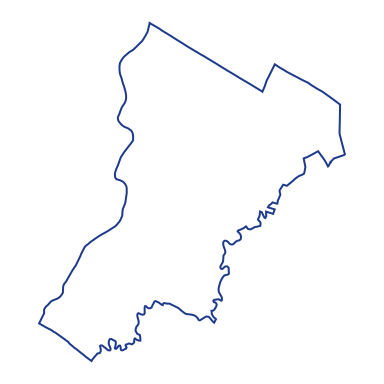 the district of La Blanca, San Marcos, Guatemala
{"feature_id": "79465075B67582520223271", "entity_name": "La Blanca", "entity_type": "district", "adm_level": 2, "iso_a3": "GTM", "parent_name": "Guatemala", "parent_adm1": "San Marcos", "projection": "natural_earth1", "projection_center": [-92.12, 14.551], "detail": "fine", "context": "isolated", "style": "outline", "palette": "blue", "viewbox_px": 384, "rotation_deg": 0, "n_neighbors": 0, "source": "geoboundaries", "source_scale": "gbopen_adm2", "svg_char_len": 6012}
<svg xmlns="http://www.w3.org/2000/svg" viewBox="0 0 384 384"><path d="M149.1,25.5L147.7,31.2L147.4,32.2L145.2,36.2L142.2,41.0L138.9,44.2L135.8,47.3L133.2,49.8L129.4,52.1L124.8,56.0L123.2,57.7L121.5,60.1L120.0,63.0L119.5,66.0L119.5,69.0L119.7,72.3L120.2,74.6L120.6,75.6L121.5,78.1L122.8,83.0L124.2,87.0L125.5,91.7L126.1,95.4L126.1,98.6L125.5,101.3L124.5,103.3L121.8,107.4L120.2,111.5L119.1,114.6L117.9,117.1L117.9,118.7L118.4,120.7L118.6,121.2L120.1,123.1L122.0,125.2L124.5,126.9L126.3,127.6L127.8,128.2L130.9,130.3L131.9,131.6L132.7,133.4L133.1,136.5L133.1,139.6L132.6,141.2L124.1,152.2L120.8,157.3L117.9,165.4L116.3,168.9L114.9,173.4L115.1,177.2L116.3,179.1L120.1,180.3L122.8,181.6L124.7,183.4L126.3,186.1L126.7,188.3L126.7,193.0L126.0,198.0L125.3,202.7L124.1,206.0L123.0,208.5L122.6,210.3L122.4,212.8L122.3,215.5L121.0,218.7L119.6,221.4L117.3,224.1L115.4,226.2L108.4,230.7L105.3,232.5L102.5,234.0L100.1,235.4L95.6,238.4L90.5,242.0L88.0,244.2L85.5,246.0L84.1,248.1L82.7,250.9L81.3,253.6L80.3,256.2L75.8,265.4L72.3,270.6L66.2,281.3L64.1,284.0L63.2,286.3L62.9,292.4L62.7,293.1L61.0,295.7L59.3,297.4L57.0,298.8L53.7,300.0L50.9,301.5L47.7,305.1L46.5,306.0L45.6,307.1L44.8,308.3L44.1,309.6L44.1,313.5L43.4,314.7L39.1,323.4L44.6,326.6L48.7,328.8L50.1,329.4L51.3,330.1L52.1,330.7L54.2,332.1L55.2,332.5L68.5,342.1L68.8,342.9L69.4,343.5L70.1,344.2L71.2,345.0L74.5,347.9L75.9,348.8L79.3,351.5L80.6,352.6L83.4,354.7L86.1,357.0L87.8,358.3L90.7,360.4L91.5,361.0L92.5,359.4L94.3,357.1L97.0,354.1L97.4,353.5L99.3,353.2L100.1,352.7L100.8,350.9L100.7,349.0L100.3,347.3L100.0,346.1L100.7,345.4L102.2,345.5L103.7,346.7L106.0,348.4L107.6,349.9L109.1,350.5L109.9,350.4L110.4,350.0L110.6,348.8L109.7,346.1L109.1,345.2L108.8,343.8L108.7,342.1L109.2,340.2L109.9,339.1L111.2,339.0L114.2,340.5L115.4,341.2L115.8,342.1L115.8,343.4L115.6,345.1L115.3,346.6L115.0,347.5L115.0,348.5L115.3,348.8L116.1,348.8L116.8,348.2L117.4,347.6L117.9,346.6L118.8,345.8L119.5,345.5L120.1,345.7L120.4,346.3L120.6,347.2L120.7,348.3L120.8,349.6L121.0,350.0L121.6,350.3L122.2,350.4L123.0,350.2L124.1,349.5L125.1,349.1L126.0,348.3L126.2,347.9L126.3,348.0L126.4,347.7L126.6,347.4L126.2,346.8L125.7,346.0L125.5,345.4L125.9,344.6L126.9,344.3L127.5,344.2L128.8,343.5L129.1,343.5L129.9,343.6L131.1,344.2L131.8,344.3L132.6,343.9L134.1,342.5L134.2,341.4L134.2,340.1L134.4,339.0L135.0,338.4L135.5,338.8L136.5,339.7L137.8,340.2L139.2,340.7L140.4,340.6L140.3,337.7L139.8,334.9L138.2,334.3L137.1,333.7L135.5,330.6L135.8,328.7L136.4,326.8L137.5,325.4L138.5,324.0L138.7,321.5L137.4,316.5L137.3,314.7L137.8,313.5L138.6,313.2L139.6,313.7L141.4,314.5L143.0,314.7L144.2,314.2L144.7,313.1L144.6,308.2L144.8,306.7L145.1,306.1L146.3,306.4L147.0,307.3L148.0,308.0L149.0,308.3L150.4,308.2L151.5,307.6L152.3,305.6L153.6,303.4L154.1,302.1L154.6,301.4L155.4,301.1L157.4,301.9L158.6,302.5L160.0,303.5L161.5,304.6L162.7,305.1L163.0,303.9L163.6,303.3L164.3,303.1L165.2,303.3L166.1,303.5L167.5,303.6L169.0,303.6L169.8,303.8L174.3,306.0L176.2,307.0L178.2,307.9L182.4,311.5L185.6,313.8L186.2,314.0L191.3,314.6L192.5,314.9L194.3,315.4L195.1,315.8L196.4,316.8L197.1,317.5L197.8,318.4L198.6,319.9L199.0,320.2L199.8,320.4L205.6,316.8L206.4,316.5L208.6,316.8L209.0,317.1L210.5,318.7L212.7,321.4L214.1,322.7L216.0,319.2L214.0,317.5L213.3,316.7L211.9,314.2L211.5,310.8L212.6,310.8L213.1,310.6L213.7,310.2L214.3,309.7L215.7,307.4L216.2,306.5L216.5,305.5L216.6,304.8L216.6,304.4L216.5,304.1L216.2,303.4L215.4,302.5L215.0,302.3L214.0,302.2L213.7,301.9L213.5,301.3L213.4,300.7L213.5,300.3L213.7,300.1L214.0,299.9L217.5,299.4L218.5,299.3L219.1,299.4L220.0,300.0L221.3,300.6L221.6,300.7L221.8,300.5L221.9,299.8L221.8,298.1L221.7,297.2L221.3,296.3L219.4,293.1L219.0,292.2L218.8,291.6L218.6,290.0L218.6,288.7L218.8,287.5L219.5,284.7L220.4,281.8L220.8,280.9L221.9,278.7L223.2,276.7L223.7,276.1L224.4,275.5L225.0,275.2L225.6,275.0L226.3,274.9L227.7,274.6L228.1,274.3L228.6,274.2L228.9,273.3L228.9,272.5L228.7,270.3L228.7,268.1L228.3,267.5L227.4,266.5L226.6,266.3L225.8,266.3L225.1,266.6L224.3,267.1L223.6,267.9L222.7,268.7L222.1,269.0L221.2,268.8L220.8,268.4L220.5,267.9L220.3,267.0L220.5,266.3L223.0,261.7L223.3,258.7L223.4,256.3L223.5,255.7L224.3,254.4L225.1,253.2L225.3,252.5L225.3,251.6L225.2,250.9L224.8,249.5L224.1,247.6L223.4,245.7L223.3,244.6L223.2,243.3L223.3,242.4L223.6,241.6L224.4,240.9L225.0,240.7L225.7,240.7L227.2,241.3L228.0,241.9L228.8,242.9L229.7,243.8L230.9,244.4L232.3,244.5L232.8,244.3L233.9,243.7L234.5,243.0L235.4,241.9L236.4,241.3L237.5,240.8L239.3,240.3L240.2,239.7L240.5,239.3L240.8,238.9L240.9,237.6L241.0,236.6L240.5,234.6L239.5,233.3L237.6,231.4L237.9,230.8L238.7,230.2L239.7,230.0L243.9,228.0L246.0,226.4L248.1,229.0L250.6,229.4L255.0,227.0L257.0,226.7L259.4,226.1L260.2,225.9L260.4,225.4L260.5,224.3L260.4,222.3L259.6,221.3L258.3,220.1L258.0,219.5L258.1,219.1L259.4,216.4L259.6,215.5L260.1,211.5L261.8,212.2L264.3,217.5L265.3,218.0L266.2,216.2L266.1,211.6L273.1,213.9L274.7,209.4L267.9,207.3L268.0,207.1L269.0,205.5L271.4,203.7L272.5,202.4L276.5,203.6L277.4,203.6L277.7,201.3L278.0,200.1L278.6,199.0L279.1,197.8L279.6,196.4L280.2,195.3L280.3,194.8L280.3,194.4L280.2,193.7L280.0,193.2L279.7,191.9L279.6,191.1L279.6,190.6L279.7,190.2L280.0,189.7L283.2,184.7L286.9,185.8L292.7,181.0L295.7,178.3L298.4,176.4L299.4,175.8L302.5,174.6L303.8,173.8L304.1,173.4L304.4,172.3L305.4,167.0L303.7,158.4L307.7,156.9L313.6,153.7L318.1,151.2L324.2,159.6L325.5,161.7L328.0,166.4L328.8,165.6L329.8,163.3L330.8,162.6L330.4,162.0L334.1,158.4L335.1,158.1L344.1,155.0L344.9,154.3L342.0,143.3L341.3,140.6L339.5,133.3L339.8,121.7L340.1,104.6L333.2,99.4L322.2,91.5L317.4,88.9L310.2,84.4L309.8,83.9L307.6,82.5L303.7,80.7L287.1,72.0L284.6,70.4L280.1,67.8L274.8,64.3L268.9,76.3L266.7,80.5L264.7,86.4L262.4,91.7L262.2,91.5L253.3,86.1L251.3,84.8L247.5,82.6L246.2,81.8L243.4,80.2L237.9,76.9L233.9,74.4L227.6,70.7L215.8,63.4L206.2,57.6L204.7,56.6L201.2,54.7L187.3,46.4L182.2,43.1L177.3,40.1L167.2,33.7L161.5,30.3L159.9,29.0L149.6,23.0L149.4,24.1L149.1,25.5Z" fill="none" stroke="#1e3a8a" stroke-width="2"/></svg>